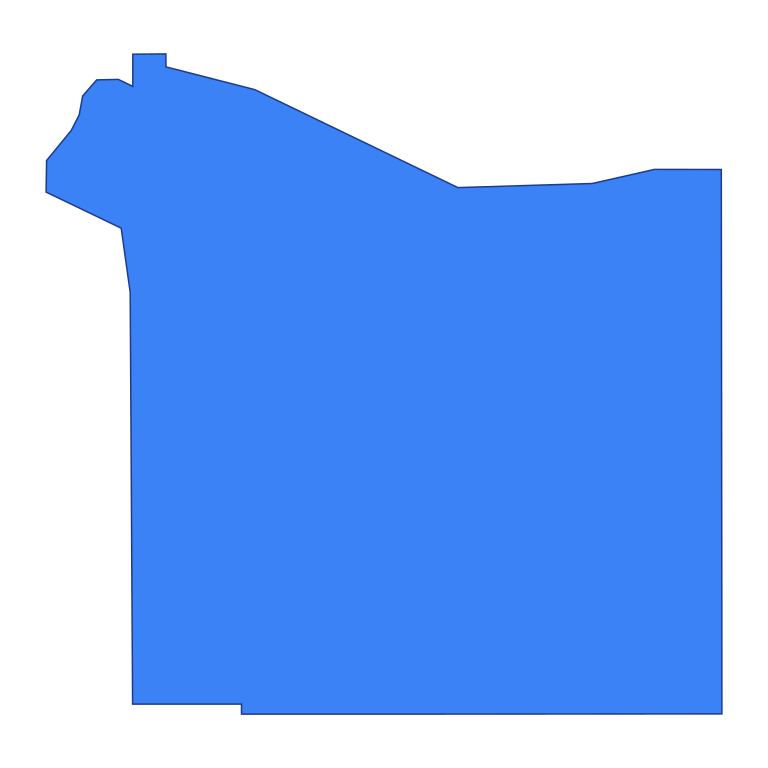 the district of 85, Ar Rayyān, Qatar
{"feature_id": "91078587B12839905472934", "entity_name": "85", "entity_type": "district", "adm_level": 2, "iso_a3": "QAT", "parent_name": "Qatar", "parent_adm1": "Ar Rayyān", "projection": "albers", "projection_center": [50.97, 25.364], "detail": "fine", "context": "isolated", "style": "filled", "palette": "blue", "viewbox_px": 768, "rotation_deg": 0, "n_neighbors": 0, "source": "geoboundaries", "source_scale": "gbopen_adm2", "svg_char_len": 453}
<svg xmlns="http://www.w3.org/2000/svg" viewBox="0 0 768 768"><path d="M132.6,704.1L241.5,704.1L241.5,714.1L417.6,714.1L721.9,713.9L721.8,577.9L721.6,416.5L721.3,169.5L654.5,169.4L592.2,183.5L457.9,187.6L323.9,123.0L254.7,89.6L166.0,66.9L165.9,53.9L132.8,54.2L132.8,86.4L118.3,79.4L96.7,79.9L82.7,95.9L79.2,114.9L71.2,130.5L53.6,152.0L46.6,160.5L46.1,192.1L121.2,228.2L130.2,292.4L132.6,704.1Z" fill="#3b82f6" stroke="#1e3a8a" stroke-width="1.5"/></svg>